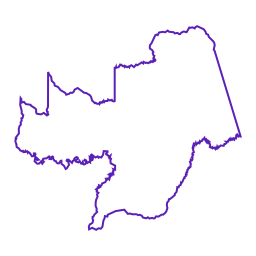 outline of Morichal (Morichal Nuevo), Guainía, Colombia
{"feature_id": "7082276B96401380433737", "entity_name": "Morichal (Morichal Nuevo)", "entity_type": "district", "adm_level": 2, "iso_a3": "COL", "parent_name": "Colombia", "parent_adm1": "Guainía", "projection": "equal_earth", "projection_center": [-69.908, 2.404], "detail": "fine", "context": "isolated", "style": "outline", "palette": "violet", "viewbox_px": 256, "rotation_deg": 0, "n_neighbors": 0, "source": "geoboundaries", "source_scale": "gbopen_adm2", "svg_char_len": 5818}
<svg xmlns="http://www.w3.org/2000/svg" viewBox="0 0 256 256"><path d="M205.6,31.8L203.7,29.2L197.1,26.2L195.3,27.2L194.7,28.4L192.2,27.3L190.3,27.9L189.3,27.5L186.6,32.2L183.7,31.5L181.2,32.7L180.2,34.0L179.1,34.1L177.5,32.9L174.8,33.4L173.5,32.2L169.2,31.8L167.7,30.6L165.1,32.3L162.9,31.8L159.0,32.5L157.7,35.1L156.5,34.6L155.3,35.2L151.4,43.5L149.9,45.2L149.8,47.2L149.9,48.6L152.0,49.9L153.4,52.1L152.7,53.2L153.6,55.6L154.3,55.8L153.8,58.1L155.4,60.1L154.8,61.0L154.2,61.2L153.6,60.4L153.7,61.3L152.9,62.0L152.2,61.3L150.6,62.2L150.5,61.5L148.3,63.2L147.0,62.6L145.6,63.0L143.7,61.9L143.2,63.4L141.8,62.4L137.2,65.3L136.1,64.6L134.0,67.1L131.3,65.2L129.5,66.4L129.3,67.3L128.6,66.5L127.2,67.2L125.9,66.3L124.8,67.1L124.4,65.7L122.9,66.2L121.1,64.7L120.5,65.2L120.0,64.8L118.6,67.2L116.1,67.7L116.0,67.0L115.6,68.0L114.7,67.9L114.7,101.1L113.7,101.4L112.3,101.0L111.8,99.8L109.8,100.4L108.1,99.6L108.1,100.5L107.3,101.0L105.2,101.0L104.2,102.1L103.8,101.4L103.1,101.9L103.1,101.2L101.9,102.7L101.0,102.1L100.1,103.3L99.7,102.9L99.4,104.0L99.0,103.5L97.3,103.9L95.6,102.8L94.9,103.2L92.1,100.5L91.1,97.0L90.0,95.3L86.2,93.0L84.2,92.8L77.6,88.0L74.7,89.6L73.7,91.7L72.2,92.9L70.4,92.7L68.9,93.9L66.2,94.7L65.3,92.9L60.5,90.1L58.1,87.0L54.7,85.6L54.3,83.3L51.7,80.8L51.1,76.8L49.1,74.4L48.1,72.0L48.0,106.8L46.7,109.9L47.0,111.6L47.8,112.0L47.5,113.6L48.9,114.8L47.6,114.5L46.9,115.4L43.8,112.9L41.0,114.4L37.1,113.8L36.2,112.7L36.1,109.5L35.2,108.4L30.9,105.6L30.6,104.8L25.9,104.1L23.9,101.9L22.0,102.5L21.2,100.3L21.4,99.2L20.6,98.1L20.2,105.0L21.7,110.9L21.7,113.6L23.3,115.1L22.5,118.0L21.4,118.3L21.7,120.6L20.6,122.5L20.9,124.6L19.5,126.1L18.8,128.8L18.9,133.4L15.7,137.8L15.7,138.9L16.1,138.9L15.4,140.4L15.5,141.9L16.5,144.5L16.0,145.3L16.4,145.0L16.7,147.1L19.0,148.5L20.0,150.3L22.0,151.2L22.9,150.8L23.4,152.1L24.7,152.0L25.4,150.9L26.0,151.8L27.2,151.3L27.8,152.7L28.2,152.0L29.5,152.7L32.1,156.4L33.9,155.9L33.9,153.4L35.1,153.4L35.5,154.2L34.9,155.3L35.3,156.6L38.6,159.7L37.1,160.1L36.3,158.6L35.1,158.3L34.6,161.3L37.3,163.7L39.3,163.5L41.0,161.6L42.3,163.7L43.9,161.6L42.4,160.4L43.3,158.7L46.5,158.3L49.1,156.4L49.8,157.0L49.5,159.0L51.1,159.2L51.8,158.5L51.8,156.9L52.5,156.5L53.2,157.1L53.2,158.8L54.5,160.8L56.1,161.3L56.6,162.7L57.7,163.3L59.0,163.3L60.6,160.8L61.4,160.7L61.5,163.8L64.0,165.8L65.7,169.0L66.8,168.4L69.0,164.8L68.4,162.1L66.6,160.7L67.0,159.7L68.6,159.7L72.0,162.9L72.9,160.8L74.1,160.6L74.1,159.2L75.2,157.7L76.7,157.1L77.7,157.6L78.0,158.8L75.8,160.2L76.1,161.7L78.5,162.4L79.5,160.8L81.1,163.6L81.9,163.7L82.7,162.0L83.5,164.3L84.3,164.5L85.5,163.8L86.1,162.3L85.8,161.2L84.4,160.5L84.8,159.7L86.0,160.3L87.4,162.9L89.1,161.8L90.1,162.4L89.7,157.1L90.7,157.9L91.5,160.4L92.5,160.0L93.1,157.4L90.7,156.5L90.9,155.1L91.7,154.5L95.4,157.5L97.7,156.4L98.5,157.7L99.8,157.0L101.3,157.5L103.1,154.7L103.7,151.1L107.5,151.3L107.4,152.5L106.1,153.5L106.2,154.4L107.9,155.2L108.8,156.9L110.4,155.6L109.6,158.5L111.0,158.8L110.4,160.6L110.7,163.3L115.1,165.6L115.1,169.7L113.5,169.2L114.0,170.0L113.2,170.5L113.4,171.5L112.5,172.3L112.3,173.6L112.8,174.0L113.2,173.3L113.4,174.5L112.1,174.5L111.6,175.5L110.9,175.0L111.8,174.3L110.2,173.5L108.9,174.5L109.9,174.8L109.6,176.5L110.3,176.0L109.3,179.4L108.6,178.4L107.8,179.2L107.5,178.5L105.9,178.7L106.4,179.7L105.4,182.1L102.1,183.5L101.6,185.0L100.3,185.9L99.0,185.3L99.1,186.3L100.2,187.0L98.7,188.0L97.7,187.4L97.6,188.3L96.0,189.4L97.1,190.4L96.7,191.7L98.4,192.8L97.0,194.4L97.6,196.4L96.1,199.9L95.7,202.2L95.6,206.0L96.7,208.7L96.5,210.9L97.2,211.9L94.5,214.5L93.4,216.6L92.6,216.8L92.5,218.8L93.2,220.1L92.8,221.8L92.3,223.0L89.9,224.4L88.8,226.4L89.1,229.3L92.2,227.8L96.2,229.8L98.4,228.3L100.7,228.7L102.4,226.9L103.5,220.3L104.5,218.6L104.9,216.1L107.3,216.6L107.8,214.7L115.6,211.1L124.3,209.7L127.9,213.9L129.9,213.5L132.4,214.3L136.2,214.2L138.3,215.1L139.8,214.8L141.9,215.8L142.9,217.5L146.2,218.3L147.9,217.3L149.5,218.5L152.1,217.9L153.9,218.5L154.8,218.2L156.0,216.4L158.4,216.6L161.7,214.6L163.3,214.6L165.6,212.5L166.6,210.6L167.4,208.0L166.8,205.0L167.2,202.5L168.7,200.8L168.9,199.2L170.2,198.9L174.8,195.1L174.8,193.9L176.6,191.8L177.3,187.1L178.6,187.3L179.3,185.5L180.7,185.0L181.0,182.6L181.5,183.0L182.3,182.0L183.8,178.5L184.6,178.1L184.4,177.4L184.7,176.4L184.7,176.9L185.9,176.0L185.8,174.3L186.1,173.6L186.6,173.9L186.5,172.6L186.9,172.4L186.6,172.1L187.2,171.3L187.5,169.2L187.1,168.8L187.9,169.5L188.5,167.7L188.9,167.5L189.1,168.1L190.6,166.7L190.5,164.3L190.9,163.8L189.9,161.8L190.7,161.2L190.8,159.7L192.0,160.2L192.4,159.5L192.5,156.8L192.1,156.9L193.1,154.8L192.4,154.5L192.5,153.2L193.9,152.2L193.0,149.7L193.3,148.6L192.8,148.3L193.3,147.4L192.8,147.3L193.7,144.0L194.2,144.6L194.2,143.6L195.4,143.3L195.6,144.4L195.9,143.3L196.3,144.6L197.7,143.0L198.0,143.9L198.1,143.1L199.1,143.2L199.6,141.8L199.9,142.5L200.5,141.2L201.8,141.2L202.5,139.5L203.9,139.4L203.6,138.8L204.3,138.0L204.4,139.3L205.8,139.0L205.6,140.1L206.5,140.2L206.0,140.8L206.9,141.2L206.3,141.8L206.7,142.3L206.9,141.8L206.9,142.6L207.3,141.8L207.7,142.4L207.8,141.8L208.8,141.9L208.7,141.2L209.5,141.8L209.0,143.2L209.7,143.5L210.2,145.1L209.9,145.9L210.4,146.7L210.0,147.1L211.2,147.8L212.4,147.1L212.7,148.3L214.5,147.7L215.6,149.3L216.0,148.9L215.3,148.3L215.4,147.5L216.5,147.3L216.9,147.9L217.2,146.7L217.6,147.6L218.2,147.0L218.4,147.7L220.6,145.5L223.7,145.8L224.4,144.0L225.4,144.0L226.5,143.0L226.8,142.2L226.2,141.7L228.1,141.7L228.1,140.8L229.4,140.1L229.0,139.5L229.7,138.8L230.6,139.8L230.9,139.0L231.2,139.7L231.8,139.2L231.9,140.5L232.5,138.8L234.1,139.7L234.1,138.2L235.9,138.5L236.3,135.1L237.2,134.4L238.2,136.5L239.7,135.1L240.2,136.5L240.6,136.5L214.6,50.8L213.7,49.7L214.7,45.2L214.4,43.4L213.5,41.6L208.9,37.0L208.1,34.7L206.2,33.8L205.6,31.8Z" fill="none" stroke="#5b21b6" stroke-width="2"/></svg>